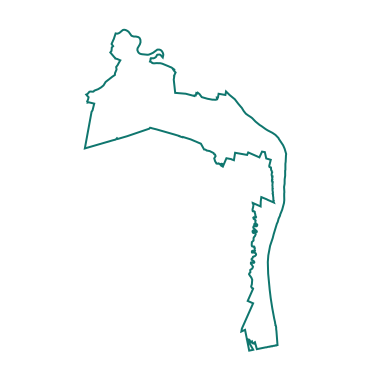 Tārgales pag., Ventspils, Latvia (Mercator projection), rotated 110°
{"feature_id": "27541924B44897070784756", "entity_name": "Tārgales pag.", "entity_type": "district", "adm_level": 2, "iso_a3": "LVA", "parent_name": "Latvia", "parent_adm1": "Ventspils", "projection": "mercator", "projection_center": [21.857, 57.473], "detail": "fine", "context": "isolated", "style": "outline", "palette": "teal", "viewbox_px": 384, "rotation_deg": 110, "n_neighbors": 0, "source": "geoboundaries", "source_scale": "gbopen_adm2", "svg_char_len": 5892}
<svg xmlns="http://www.w3.org/2000/svg" viewBox="0 0 384 384"><g transform="rotate(110 192 192)"><path d="M151.0,313.8L187.7,307.6L170.5,284.1L168.8,281.6L167.1,280.9L167.6,280.0L161.8,272.1L147.1,253.8L146.0,253.4L145.8,252.5L145.8,251.5L145.3,246.8L144.0,228.4L143.7,223.2L143.9,223.2L143.9,221.2L143.8,219.5L143.4,219.4L143.0,211.2L143.6,200.1L147.9,195.2L147.6,194.1L147.8,192.8L148.0,192.5L147.5,189.4L148.0,185.2L148.1,184.9L148.6,184.5L149.0,183.7L148.9,183.2L150.2,182.1L152.8,182.6L155.2,180.8L156.1,179.7L156.2,179.3L156.6,179.1L156.9,178.7L156.8,178.3L156.5,177.1L156.0,176.8L156.0,176.5L156.4,175.3L155.5,174.1L155.3,173.8L155.3,173.3L157.2,173.7L157.6,171.7L148.5,171.2L147.7,166.5L147.8,166.2L147.8,163.5L140.4,164.9L138.3,152.9L135.6,152.7L136.4,140.5L130.1,140.0L129.6,137.2L135.1,133.7L134.8,129.0L140.8,128.4L141.6,128.1L142.1,127.6L142.1,127.4L141.9,126.5L142.0,126.2L144.2,125.2L144.9,124.3L146.2,123.6L146.2,123.4L147.1,123.4L148.5,123.1L149.4,122.6L149.7,122.2L149.7,121.9L150.3,122.0L150.7,121.8L150.9,121.7L150.8,121.4L152.6,121.1L152.8,120.8L153.2,121.0L153.7,120.8L153.9,120.6L153.9,120.8L154.3,120.7L154.5,120.1L155.4,119.8L155.5,119.5L158.4,118.7L159.0,118.3L161.3,117.5L161.4,117.2L161.9,117.3L162.5,117.0L163.1,116.8L164.7,115.8L165.7,115.8L166.1,115.3L166.7,115.2L167.0,114.8L167.6,114.7L169.2,113.8L172.1,112.6L172.2,112.3L172.7,112.4L173.9,111.4L173.5,118.2L173.3,119.4L173.1,125.1L177.3,124.2L182.1,122.6L181.5,131.2L182.1,130.9L182.6,130.1L183.1,129.8L185.9,129.3L187.5,129.2L189.0,128.6L189.3,128.2L189.2,127.6L188.9,127.3L189.1,126.3L190.5,125.6L191.3,124.9L192.4,124.5L193.6,123.2L194.2,123.3L194.6,124.3L194.4,124.8L194.5,125.2L195.1,125.6L196.1,124.9L196.7,122.9L197.1,122.4L198.0,122.4L199.1,121.8L199.6,121.9L200.8,122.5L201.5,122.3L201.6,122.0L201.4,121.5L200.4,120.9L200.1,120.5L200.1,120.2L200.2,119.8L200.6,119.4L201.4,119.3L202.1,119.6L202.2,119.8L202.5,120.7L202.5,121.8L202.6,122.1L203.2,122.4L203.9,122.4L204.6,122.2L205.2,120.8L205.8,120.4L205.8,119.6L206.2,119.2L206.4,118.2L206.6,117.9L207.1,117.5L207.7,117.6L208.2,118.3L208.1,119.2L207.4,119.9L207.1,120.8L207.1,121.2L207.4,121.5L208.1,121.7L208.9,121.3L209.5,120.6L209.5,120.1L209.0,119.6L208.9,118.8L209.1,118.4L210.0,117.7L211.9,117.8L213.2,118.3L214.1,118.4L216.6,117.6L218.6,118.6L221.3,117.8L222.1,117.4L222.5,116.9L222.4,116.5L222.5,115.6L222.0,115.2L222.3,114.6L222.8,114.5L223.0,114.0L223.3,113.7L223.9,113.8L224.6,113.6L225.6,112.7L226.2,112.8L226.5,113.2L226.6,113.5L226.5,114.9L226.6,115.1L227.1,115.4L227.7,115.3L228.3,115.0L228.4,114.7L227.9,113.8L227.7,112.8L227.7,111.5L228.0,111.0L228.8,110.4L229.5,110.4L230.6,110.9L231.0,111.2L231.5,112.0L232.1,112.5L232.8,112.4L234.7,113.1L235.3,112.8L235.8,110.4L236.3,109.7L236.7,109.4L237.4,109.6L237.7,110.4L237.7,112.0L238.1,112.5L239.3,112.1L239.9,110.9L241.4,109.1L243.3,109.2L245.0,110.4L245.4,110.6L247.5,109.7L248.9,110.3L249.7,110.3L250.9,108.9L251.4,108.0L252.3,106.8L253.9,105.4L258.2,104.2L260.5,104.1L261.2,103.5L261.6,103.0L261.7,101.8L261.9,101.5L275.3,102.4L275.7,96.5L303.3,98.4L306.2,97.9L303.4,95.0L321.5,84.0L319.6,80.9L319.3,80.5L314.7,86.0L314.7,86.3L314.3,86.7L313.9,87.1L313.4,87.0L313.0,87.5L312.0,89.6L311.3,89.2L311.5,88.5L311.3,88.1L311.6,87.7L311.4,87.4L312.2,86.5L312.7,86.5L312.8,86.2L312.6,85.9L313.1,85.5L311.9,84.6L313.3,83.7L313.4,83.2L313.2,81.1L312.1,81.9L311.6,81.5L317.5,77.3L312.7,69.5L312.5,68.9L311.6,67.7L311.0,66.6L310.8,66.0L310.5,65.9L310.1,65.2L310.0,64.8L309.7,64.6L309.6,63.9L308.9,63.2L308.2,61.7L307.9,61.5L307.4,60.8L307.5,60.5L307.2,60.3L306.6,59.3L294.0,65.0L291.9,66.1L290.7,66.5L289.2,67.3L288.8,68.0L288.0,68.2L287.3,68.8L286.2,69.3L282.6,71.6L273.6,76.9L264.7,81.8L257.0,85.7L242.7,92.5L231.9,96.8L225.5,98.6L215.9,100.2L207.6,100.4L203.8,100.8L192.9,101.4L190.8,101.2L187.4,101.5L184.1,101.2L182.9,101.4L177.8,101.2L170.9,101.8L168.1,102.5L163.7,104.2L161.4,105.0L160.7,105.1L155.8,107.2L152.6,107.8L148.3,109.3L144.9,110.0L140.0,111.8L139.3,111.8L133.5,113.9L131.6,114.3L125.2,116.3L124.1,116.5L119.6,119.8L116.9,122.4L112.5,128.4L111.7,129.2L109.8,133.1L108.9,136.7L108.2,142.0L107.7,144.4L106.3,149.3L105.9,151.3L104.1,156.4L102.0,160.7L101.5,162.3L100.7,165.8L100.0,168.2L98.3,171.0L95.9,174.0L95.1,175.5L93.2,178.8L90.2,183.5L88.0,189.8L85.9,194.4L89.4,193.8L90.6,200.6L94.4,199.9L94.7,201.0L96.3,200.1L97.2,201.2L98.3,204.6L99.1,209.4L99.5,215.3L97.4,218.5L96.7,220.6L97.9,220.9L97.9,221.4L97.4,221.5L97.4,221.8L100.0,221.5L100.4,222.7L101.0,222.6L101.8,231.5L104.6,241.7L92.6,247.6L89.1,248.3L89.0,248.6L85.3,248.3L84.5,250.0L83.8,250.2L83.5,251.3L82.9,250.9L82.1,253.6L82.0,254.4L82.0,256.0L81.9,256.5L81.6,263.8L81.8,265.7L83.1,269.6L84.0,271.5L84.3,272.5L84.4,273.3L84.2,273.4L83.8,275.2L83.8,276.1L82.5,276.1L80.8,276.5L80.5,276.4L80.6,276.0L80.1,275.7L79.6,274.0L78.8,273.0L77.3,272.0L75.2,271.7L74.8,271.4L74.0,269.7L73.9,269.0L74.2,267.9L74.7,267.2L75.6,265.5L73.4,265.8L72.4,266.1L71.1,267.1L70.0,268.4L69.6,269.3L69.3,270.1L69.4,271.6L69.8,272.7L70.1,273.3L74.5,276.2L76.4,278.1L77.7,279.6L78.3,280.9L79.6,286.0L79.8,287.1L79.8,288.5L79.4,289.7L78.7,290.7L77.3,291.9L75.6,292.3L71.1,291.5L68.9,291.6L66.7,292.5L65.4,293.7L65.0,294.6L64.8,295.6L65.1,297.9L65.8,299.9L65.9,301.5L65.8,302.4L63.4,305.9L63.0,306.8L62.7,307.8L62.5,309.6L62.6,310.7L62.9,311.6L63.6,312.5L67.1,314.5L67.9,315.2L68.7,316.2L69.0,317.4L69.1,318.0L75.3,317.8L75.6,317.9L80.4,318.2L80.8,317.7L81.9,316.0L83.6,316.8L86.9,315.9L88.8,316.5L91.9,311.1L92.3,310.1L92.8,309.8L92.6,307.7L92.8,304.4L96.6,305.1L97.8,305.2L100.5,306.0L102.7,304.8L106.7,305.0L108.4,304.5L110.9,306.3L118.1,310.8L122.1,311.6L124.8,313.2L127.5,315.4L130.1,318.4L131.1,318.8L131.6,319.3L132.3,321.7L132.9,322.7L135.6,323.7L136.6,324.7L137.5,323.2L138.3,321.6L140.8,321.3L142.7,321.5L143.0,320.9L143.7,320.7L143.0,319.6L142.4,314.1L149.3,313.4L151.0,313.8Z" fill="none" stroke="#0f766e" stroke-width="2"/></g></svg>